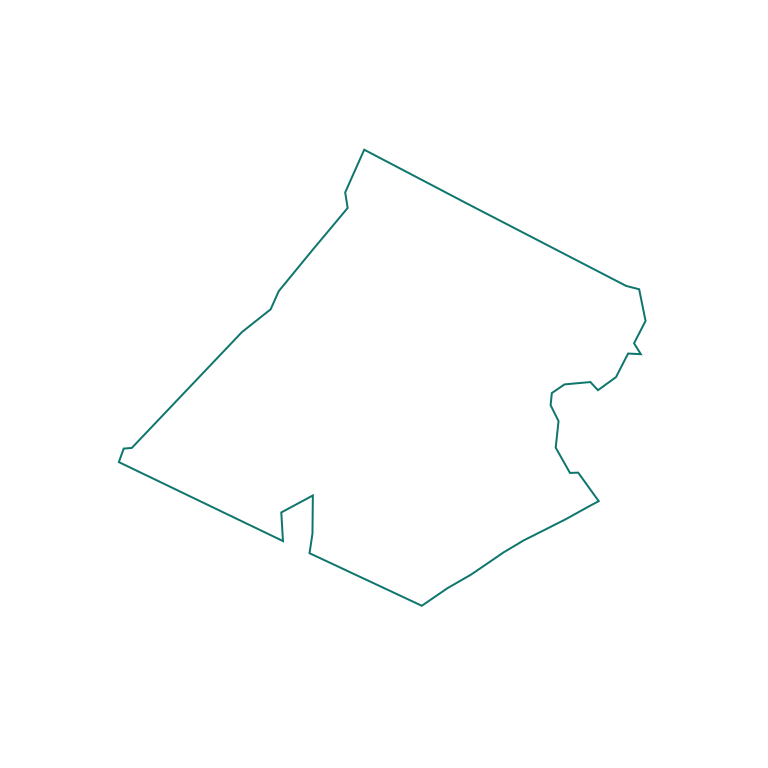 Carroll, Virginia, United States of America, rotated 329°
{"feature_id": "52423323B67213994526810", "entity_name": "Carroll", "entity_type": "district", "adm_level": 2, "iso_a3": "USA", "parent_name": "United States of America", "parent_adm1": "Virginia", "projection": "natural_earth1", "projection_center": [-80.707, 36.745], "detail": "fine", "context": "isolated", "style": "outline", "palette": "teal", "viewbox_px": 768, "rotation_deg": 329, "n_neighbors": 0, "source": "geoboundaries", "source_scale": "gbopen_adm2", "svg_char_len": 694}
<svg xmlns="http://www.w3.org/2000/svg" viewBox="0 0 768 768"><g transform="rotate(329 384 384)"><path d="M233.0,490.7L302.2,593.6L302.5,593.6L303.0,593.5L333.2,591.7L360.7,592.2L400.1,589.9L423.3,590.0L460.7,592.8L470.1,593.5L496.1,594.4L507.7,595.0L504.8,560.0L497.6,556.0L498.4,527.0L514.5,505.7L515.9,488.0L523.2,478.2L538.5,477.3L561.9,488.6L564.2,499.5L586.4,497.6L608.9,483.6L619.5,490.7L619.3,477.9L640.7,464.6L651.5,434.2L642.1,424.7L548.5,272.8L487.7,173.0L449.4,199.8L443.5,214.4L390.9,232.6L341.6,250.2L325.3,261.6L289.1,266.3L134.9,308.9L127.6,305.3L116.5,314.4L216.5,466.6L229.8,441.2L265.6,442.9L245.7,475.3L233.0,490.7Z" fill="none" stroke="#0f766e" stroke-width="2"/></g></svg>